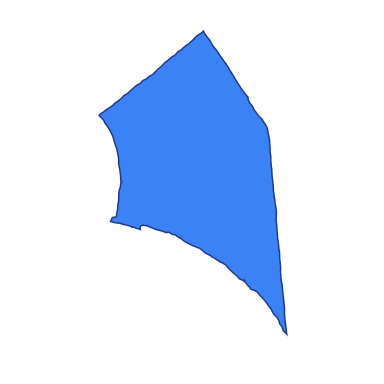 outline of Rufisque, Dakar, Senegal, rotated 350°
{"feature_id": "50182788B16861669195445", "entity_name": "Rufisque", "entity_type": "district", "adm_level": 2, "iso_a3": "SEN", "parent_name": "Senegal", "parent_adm1": "Dakar", "projection": "robinson", "projection_center": [-17.203, 14.737], "detail": "fine", "context": "isolated", "style": "filled", "palette": "blue", "viewbox_px": 384, "rotation_deg": 350, "n_neighbors": 0, "source": "geoboundaries", "source_scale": "gbopen_adm2", "svg_char_len": 4136}
<svg xmlns="http://www.w3.org/2000/svg" viewBox="0 0 384 384"><g transform="rotate(350 192 192)"><path d="M269.5,240.8L269.7,238.8L269.9,235.6L270.3,233.1L270.6,230.9L271.3,228.2L271.6,226.3L271.9,224.0L271.9,221.3L271.8,218.6L272.0,215.9L272.2,213.2L272.2,210.3L272.4,207.6L272.4,205.2L272.8,202.0L273.2,199.0L273.3,196.2L273.5,193.9L273.5,191.1L273.9,188.5L274.0,186.4L274.5,183.5L274.5,181.8L274.6,179.1L274.9,177.3L275.0,175.2L275.5,172.4L275.8,170.1L275.9,167.9L275.8,166.1L276.2,163.9L276.7,161.2L276.8,158.4L277.2,156.5L277.4,154.0L277.3,151.4L277.4,149.7L277.2,147.3L277.3,145.5L277.2,143.4L277.1,141.8L276.6,140.1L275.6,137.4L274.4,134.8L273.4,132.0L272.0,130.4L270.4,127.8L268.9,124.8L268.8,124.4L267.6,122.2L266.3,117.7L264.4,114.4L263.3,110.7L263.6,108.1L262.5,106.5L261.9,105.6L261.1,104.0L260.0,101.8L258.7,99.6L257.8,97.0L256.6,94.2L255.7,92.3L254.7,89.7L253.7,87.1L253.0,85.1L252.2,83.2L251.5,81.2L250.4,78.9L249.7,76.4L248.9,74.4L247.9,72.1L246.5,69.2L245.3,66.9L244.1,64.1L242.7,61.6L242.0,59.6L241.1,57.6L240.2,55.6L238.8,53.3L237.6,51.1L237.2,49.7L236.7,48.3L236.0,46.0L234.8,43.7L233.7,41.9L233.1,40.3L232.0,38.3L231.2,35.5L230.0,36.3L228.1,37.4L225.6,38.4L224.0,39.1L221.0,41.1L219.5,42.3L217.5,43.6L216.2,44.3L214.7,45.5L213.2,46.1L211.2,46.8L209.8,47.9L208.1,48.6L206.6,50.0L204.8,50.6L203.0,51.1L200.7,52.9L198.8,54.4L195.9,55.3L194.2,56.5L192.2,57.5L190.6,58.5L188.1,59.7L186.6,60.8L184.8,62.0L183.3,63.2L182.0,64.0L180.6,64.5L178.8,65.9L176.2,67.6L175.2,68.2L174.7,68.8L172.3,70.0L170.5,70.5L168.4,71.5L166.8,72.7L164.0,73.4L162.1,74.2L160.4,75.9L158.1,76.7L155.5,77.7L153.1,79.0L152.2,79.8L150.5,80.6L148.6,81.8L146.0,83.5L144.5,84.3L141.7,85.2L139.5,87.0L138.6,87.6L136.3,88.9L133.5,90.3L130.9,91.5L128.9,93.1L126.2,94.3L124.7,95.0L122.9,95.7L120.8,96.6L118.6,97.9L117.0,98.5L115.0,99.4L114.3,100.2L113.9,100.4L117.5,106.0L118.2,108.9L119.7,111.8L119.9,112.2L122.0,117.4L123.8,123.7L124.1,127.9L125.5,136.8L125.6,146.1L124.8,151.3L124.7,154.2L124.8,157.4L124.4,164.4L123.8,168.5L124.3,169.7L123.9,169.5L121.8,176.0L121.0,176.5L120.2,179.0L119.9,179.9L119.4,182.3L118.9,184.7L118.5,186.3L118.1,188.3L117.0,191.1L116.4,193.0L115.7,196.3L114.0,200.4L113.3,203.2L112.2,203.6L110.7,203.1L109.0,203.5L106.6,206.8L106.9,207.0L108.9,208.0L110.4,208.7L113.4,209.7L115.6,210.3L117.9,211.6L118.2,211.7L120.0,212.5L121.9,213.2L124.0,214.3L125.0,214.7L127.1,216.4L127.5,216.3L129.1,216.8L130.0,217.4L130.9,218.1L132.0,218.7L132.5,218.8L133.3,219.1L134.6,219.9L134.6,218.3L135.1,217.3L135.8,216.5L137.1,216.2L138.7,216.4L140.5,217.1L142.2,217.5L144.5,219.4L147.2,220.7L148.9,222.1L150.5,222.8L152.5,223.8L154.5,224.7L156.3,225.5L158.6,227.0L159.6,227.4L160.2,227.7L161.3,227.3L162.7,228.0L164.3,229.6L166.0,230.7L167.7,230.8L169.2,232.6L171.8,235.1L172.6,235.0L174.0,237.2L175.6,238.8L177.3,240.3L178.9,241.5L180.2,242.5L181.5,243.7L183.4,245.0L185.7,246.3L187.6,247.7L189.2,248.3L190.9,249.9L192.2,251.4L193.1,252.6L194.3,254.1L195.7,255.3L197.4,256.5L199.6,258.2L199.6,258.6L200.1,259.1L201.8,260.4L203.3,261.8L205.3,263.5L207.1,265.5L209.1,266.7L210.9,268.2L212.8,269.8L214.0,272.4L216.1,275.4L218.3,278.4L219.9,280.3L222.4,283.4L223.5,285.5L225.3,286.9L226.8,287.9L228.3,289.5L228.5,288.6L229.1,290.5L231.0,294.3L232.3,295.8L232.6,297.3L234.1,298.5L235.6,299.4L236.9,300.1L238.4,301.3L239.6,303.0L240.2,304.2L241.0,305.6L241.8,306.9L242.5,307.7L243.5,309.5L244.5,311.1L245.7,313.2L246.6,315.0L247.4,317.1L248.3,318.6L249.5,320.8L250.1,322.7L250.4,324.0L251.1,325.8L251.8,327.3L252.6,328.3L253.6,329.7L254.4,331.4L254.9,332.8L255.5,334.7L255.3,335.1L255.3,336.4L255.8,337.7L256.8,339.1L257.5,341.0L257.3,342.0L257.8,343.0L257.7,344.4L258.7,345.7L259.8,347.1L260.6,348.5L260.9,342.9L261.0,340.6L261.3,337.0L261.4,333.6L261.7,329.9L262.0,327.2L262.7,323.8L263.0,321.2L263.2,318.6L263.4,315.4L263.7,312.0L263.9,307.3L264.2,304.0L264.5,300.1L264.6,297.6L264.5,294.6L264.7,291.8L265.1,288.5L265.3,285.6L266.0,282.7L266.4,279.3L266.6,276.5L266.7,273.1L267.3,269.8L267.7,266.5L267.7,263.2L268.1,258.8L268.2,255.1L268.3,251.6L268.8,248.2L269.0,244.7L269.5,240.8Z" fill="#3b82f6" stroke="#1e3a8a" stroke-width="1.5"/></g></svg>